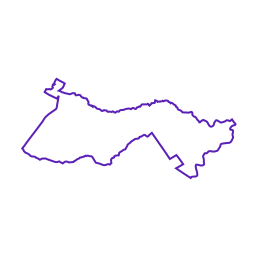 the district of Ruiru, Central, Kenya, rotated 354°
{"feature_id": "3690345B55338568349306", "entity_name": "Ruiru", "entity_type": "district", "adm_level": 2, "iso_a3": "KEN", "parent_name": "Kenya", "parent_adm1": "Central", "projection": "mercator", "projection_center": [37.042, -1.194], "detail": "fine", "context": "isolated", "style": "outline", "palette": "violet", "viewbox_px": 256, "rotation_deg": 354, "n_neighbors": 0, "source": "geoboundaries", "source_scale": "gbopen_adm2", "svg_char_len": 5924}
<svg xmlns="http://www.w3.org/2000/svg" viewBox="0 0 256 256"><g transform="rotate(354 128 128)"><path d="M46.0,109.7L45.3,110.5L44.0,112.3L36.5,120.4L32.4,124.7L24.8,132.8L23.9,134.0L23.3,134.7L22.4,135.5L20.7,137.3L21.2,137.8L21.7,138.6L21.8,139.3L22.2,140.4L22.8,140.9L23.3,141.7L25.4,142.8L25.9,143.3L26.4,143.8L27.2,144.2L27.8,145.3L28.4,145.7L29.2,146.2L30.3,146.4L31.1,146.5L31.9,146.7L32.9,147.2L33.5,148.0L34.7,148.6L36.2,149.6L36.9,150.3L37.8,150.2L38.6,149.6L39.7,149.5L41.8,149.6L42.5,149.6L44.2,150.5L49.9,153.2L52.4,154.3L53.4,154.5L54.3,154.4L56.0,154.0L57.6,155.2L59.4,156.4L60.3,155.8L61.3,155.2L62.1,154.9L63.0,154.9L63.7,155.0L64.7,155.5L65.8,156.1L70.2,156.1L70.7,155.6L71.7,155.1L72.4,154.9L73.0,154.5L73.9,153.9L74.9,153.5L76.2,153.2L77.3,152.3L78.3,152.4L80.2,152.0L81.1,152.0L81.6,151.5L82.3,151.4L83.1,151.1L83.8,151.6L84.3,151.3L85.2,151.3L86.1,151.7L87.3,152.1L88.4,152.3L89.1,152.6L89.6,153.3L90.2,154.6L90.9,156.1L91.5,157.3L91.9,158.3L92.4,159.1L94.2,159.8L96.1,160.5L97.1,160.9L97.8,161.5L98.9,161.9L100.0,162.4L101.0,162.5L101.9,162.5L103.3,162.0L104.3,161.9L105.1,162.0L106.1,162.5L106.7,161.9L107.3,161.6L107.8,161.2L107.8,160.4L107.7,159.2L107.9,157.6L108.4,156.9L109.6,156.0L110.5,156.1L111.1,155.8L111.5,154.6L113.0,154.2L114.0,154.1L114.8,154.1L115.8,154.3L116.2,153.5L116.7,151.7L117.3,151.3L119.7,150.2L121.4,149.2L122.1,149.1L122.9,149.0L123.5,148.5L124.0,147.5L124.7,146.6L125.3,145.9L125.7,144.8L126.5,144.1L127.9,143.3L128.8,142.8L129.5,141.9L130.3,141.6L133.9,139.7L134.6,139.7L135.6,139.6L136.7,139.6L137.6,139.5L138.2,138.6L138.7,138.0L139.7,138.1L143.3,136.5L144.2,136.8L145.5,138.0L146.5,138.6L147.3,138.3L147.9,137.6L148.4,137.2L149.2,136.7L150.1,136.1L151.2,135.3L157.2,146.2L162.0,154.9L166.4,163.2L173.3,160.0L175.4,163.3L175.9,164.1L179.1,169.8L171.6,173.1L178.1,178.6L185.1,184.3L185.8,183.3L186.6,183.2L187.3,183.2L189.1,183.2L190.0,183.3L191.0,183.1L191.6,182.7L192.0,181.9L192.1,181.0L192.1,179.3L191.9,178.2L191.8,177.5L191.6,176.8L191.3,174.0L191.4,172.7L191.8,171.8L192.6,171.6L193.5,171.8L194.3,172.2L195.8,172.7L196.8,172.9L197.6,173.0L198.5,173.0L199.8,172.2L200.0,171.4L199.9,170.5L199.8,169.8L200.0,168.9L200.1,168.1L200.1,167.0L200.0,166.1L199.9,165.4L199.7,164.5L199.7,163.8L201.6,161.2L202.4,161.2L203.3,161.3L204.3,161.0L205.2,160.0L206.0,159.6L206.9,159.5L209.6,160.2L210.8,160.4L211.9,160.4L213.1,160.2L213.9,160.1L214.9,159.6L215.6,158.9L215.9,158.3L216.8,157.2L217.3,156.7L217.8,156.0L218.1,154.8L218.7,153.8L219.9,153.4L222.0,153.3L226.7,153.3L227.7,153.2L228.4,152.8L229.0,152.3L229.9,151.2L230.8,149.7L231.5,148.5L231.5,147.8L231.4,147.1L231.2,145.8L231.3,145.0L231.6,144.4L232.1,142.3L232.1,141.5L231.5,140.9L230.4,140.6L229.5,140.1L229.6,139.0L230.3,138.1L231.2,137.3L231.8,136.9L232.4,136.6L233.8,136.4L234.8,136.2L235.3,135.6L235.0,134.7L234.1,133.6L233.5,132.5L233.0,131.5L232.3,130.3L231.4,130.9L230.6,131.6L229.6,131.7L228.9,131.2L228.1,130.8L227.0,130.6L226.0,131.1L224.8,131.7L224.0,131.8L222.7,132.1L221.5,132.3L220.8,132.2L219.7,131.5L219.2,131.0L218.6,130.6L218.0,130.1L217.4,129.7L216.3,129.6L215.6,130.4L214.4,131.6L214.2,132.3L213.9,133.2L213.3,134.3L212.5,134.9L211.8,135.2L210.8,135.4L209.6,134.8L209.0,134.0L208.6,133.2L207.7,131.0L207.2,130.1L206.2,129.3L205.1,128.7L204.2,128.1L203.4,127.8L202.6,128.3L201.2,129.0L200.4,129.7L199.5,129.8L199.0,128.4L198.5,127.8L197.9,127.3L197.6,126.5L197.1,125.7L196.7,124.7L196.2,124.1L195.5,123.8L194.8,123.5L194.3,122.9L193.9,122.3L193.5,121.8L193.4,120.8L193.6,119.8L193.2,118.9L192.6,118.6L191.8,118.7L190.8,119.0L190.1,119.1L189.2,119.0L188.3,118.8L187.4,118.6L186.6,118.6L185.9,118.5L184.9,118.3L183.8,118.1L182.8,116.6L182.0,116.0L180.9,115.5L179.9,114.9L179.4,114.2L179.2,112.8L178.6,112.3L177.9,111.8L177.8,110.6L177.0,110.0L176.1,109.5L175.7,109.0L175.1,108.3L174.6,107.8L173.7,107.4L172.9,107.8L172.7,107.1L171.8,106.6L171.1,106.3L170.8,105.4L169.8,104.9L168.9,104.6L168.0,104.6L166.9,104.9L166.1,105.1L165.4,104.5L164.5,105.0L163.3,105.1L162.6,104.8L161.8,105.1L160.8,105.0L160.1,105.1L159.8,104.3L158.9,103.7L157.9,103.3L157.7,103.9L157.6,104.7L157.1,105.8L156.1,105.8L155.1,105.9L154.2,105.7L153.7,106.3L153.2,106.9L151.6,108.0L151.2,107.4L151.1,106.7L150.2,106.0L149.6,106.4L148.9,106.5L148.1,106.3L147.1,106.3L145.2,106.0L144.5,106.0L143.8,106.4L143.3,107.0L142.8,107.6L142.2,108.1L141.5,107.7L140.9,108.1L140.0,108.3L138.9,108.6L138.6,109.2L138.0,109.7L137.3,109.9L136.7,109.4L135.8,109.0L135.1,108.6L134.4,108.6L133.8,109.1L132.8,109.6L131.9,109.1L131.0,108.7L129.9,108.8L129.0,108.8L128.0,108.8L127.3,109.0L126.5,109.3L125.6,109.4L124.9,109.6L124.2,109.4L123.1,109.4L122.0,109.5L121.3,110.1L120.8,110.7L120.1,110.8L119.5,110.4L118.6,110.4L117.0,111.4L116.0,111.0L115.4,110.3L114.5,109.9L113.5,110.3L112.7,110.2L111.7,109.8L110.5,109.8L109.6,109.8L109.1,109.3L108.7,108.5L108.0,108.3L106.9,108.1L106.1,107.7L105.4,107.9L104.8,108.3L104.0,108.4L103.4,108.0L102.9,107.5L102.4,106.9L101.9,106.5L101.1,106.1L99.9,105.8L98.9,105.3L97.8,103.7L97.0,103.2L96.1,102.7L95.4,102.4L95.1,103.2L94.4,102.6L93.9,101.7L92.9,101.7L92.1,101.0L91.3,100.6L91.0,99.6L91.4,98.6L91.4,97.6L91.0,97.1L90.8,96.4L90.4,95.9L90.1,94.6L89.3,94.1L87.2,93.7L86.7,93.1L85.9,93.0L85.3,92.6L84.9,91.9L84.4,91.4L84.0,90.4L83.2,90.0L82.4,89.8L81.7,90.0L79.8,90.1L79.1,89.4L78.9,88.1L78.0,87.7L77.2,87.7L76.4,87.6L75.3,87.9L74.3,88.3L73.3,88.3L72.4,87.9L70.7,87.3L69.9,87.1L69.0,86.8L67.9,86.2L67.2,85.9L66.4,85.7L65.7,85.2L64.3,84.2L63.1,83.7L64.5,82.9L66.6,81.6L67.5,81.0L69.7,77.1L68.1,75.9L64.8,73.7L63.5,72.7L62.1,71.7L61.3,72.4L60.1,74.3L59.6,75.1L59.0,76.3L59.7,76.9L58.9,77.4L57.9,77.0L57.4,78.2L57.1,79.2L57.5,80.1L56.9,80.8L55.9,81.1L55.0,81.6L54.0,81.1L52.7,81.1L51.6,81.1L50.8,80.7L50.3,81.4L48.9,83.6L52.9,86.7L60.3,91.3L62.5,88.7L62.1,90.1L60.1,97.0L59.1,100.6L58.6,101.4L57.9,101.9L53.2,104.5L50.7,105.9L49.6,106.7L47.1,108.5L46.0,109.7Z" fill="none" stroke="#5b21b6" stroke-width="2"/></g></svg>